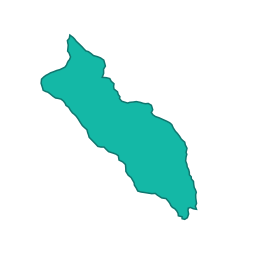 Oriente, São Paulo, Brazil (Equal Earth projection), rotated 299°
{"feature_id": "56859067B33537633003758", "entity_name": "Oriente", "entity_type": "district", "adm_level": 2, "iso_a3": "BRA", "parent_name": "Brazil", "parent_adm1": "São Paulo", "projection": "equal_earth", "projection_center": [-50.092, -22.144], "detail": "fine", "context": "isolated", "style": "filled", "palette": "teal", "viewbox_px": 256, "rotation_deg": 299, "n_neighbors": 0, "source": "geoboundaries", "source_scale": "gbopen_adm2", "svg_char_len": 2181}
<svg xmlns="http://www.w3.org/2000/svg" viewBox="0 0 256 256"><g transform="rotate(299 128 128)"><path d="M90.1,227.3L92.3,224.8L95.3,224.5L97.2,223.0L99.6,221.2L102.5,219.5L104.9,218.9L106.8,216.7L108.0,214.8L110.4,212.9L113.1,211.1L114.1,208.2L116.0,206.9L116.8,204.4L119.0,203.1L121.0,201.2L122.7,198.6L124.8,197.1L127.1,194.4L130.9,192.8L133.5,192.2L134.8,190.6L136.6,190.1L138.9,189.4L141.0,186.3L143.1,184.5L143.6,182.1L144.2,179.8L145.7,177.2L147.2,173.8L148.1,171.0L150.0,167.5L152.2,164.6L152.8,161.9L152.7,158.5L152.4,155.1L152.0,150.2L151.3,146.4L151.6,143.5L152.8,140.9L155.9,140.8L157.8,138.9L159.2,137.4L159.3,133.8L157.7,131.5L156.9,129.2L156.4,126.4L155.1,122.4L153.4,120.2L151.2,117.0L149.7,115.7L149.0,112.6L148.4,109.4L149.7,106.2L151.4,105.8L152.5,103.3L154.6,101.2L155.3,96.8L157.5,95.2L159.9,94.3L160.7,90.7L162.4,88.1L161.5,84.6L159.8,80.9L164.0,80.2L167.6,78.1L171.2,78.2L173.3,76.2L175.6,73.9L176.0,70.1L175.6,66.8L174.6,62.7L175.2,59.6L175.6,56.4L175.0,53.8L175.9,50.8L176.7,48.5L177.5,45.6L178.8,40.6L179.9,38.2L180.6,35.9L181.1,32.1L177.9,33.2L175.1,32.6L173.3,34.0L171.6,35.5L169.1,36.6L166.0,37.9L165.1,40.0L162.3,43.3L159.5,43.7L157.5,43.3L155.4,43.4L153.2,43.7L150.6,43.3L148.0,41.5L145.9,40.0L143.8,37.8L141.2,35.7L138.7,33.5L136.3,32.1L134.4,30.8L131.8,29.6L128.8,28.7L125.0,30.3L121.7,33.8L119.9,35.5L120.0,38.2L120.5,40.6L120.2,43.0L119.4,47.1L119.1,50.0L120.0,52.5L120.8,55.4L120.3,58.5L119.1,61.1L117.7,62.8L117.4,66.1L115.5,69.3L114.3,72.1L113.9,74.5L113.2,77.0L111.9,79.8L109.8,83.5L108.0,86.9L107.4,89.2L106.6,92.9L104.5,94.9L103.0,96.6L101.0,98.6L99.9,102.3L98.5,106.9L97.3,110.6L98.2,113.5L99.7,116.3L98.8,119.1L97.9,122.5L98.8,127.0L99.3,130.0L99.1,132.9L95.6,135.7L95.8,139.8L94.8,143.5L91.5,145.7L89.0,147.2L86.8,151.1L86.2,154.7L84.9,156.9L83.1,159.9L81.1,161.3L79.5,164.3L77.6,167.1L78.3,170.3L79.4,173.2L80.5,176.2L82.1,180.6L84.0,183.6L83.5,186.3L83.2,191.4L84.7,195.5L83.4,199.0L82.3,201.3L80.9,203.1L80.1,205.3L80.1,208.0L79.1,210.9L77.6,213.2L75.6,214.6L76.6,218.3L74.9,219.3L75.6,221.9L78.3,223.4L82.2,222.7L85.0,220.4L87.1,219.6L88.8,221.2L89.0,224.2L90.1,227.3Z" fill="#14b8a6" stroke="#0f766e" stroke-width="1.5"/></g></svg>